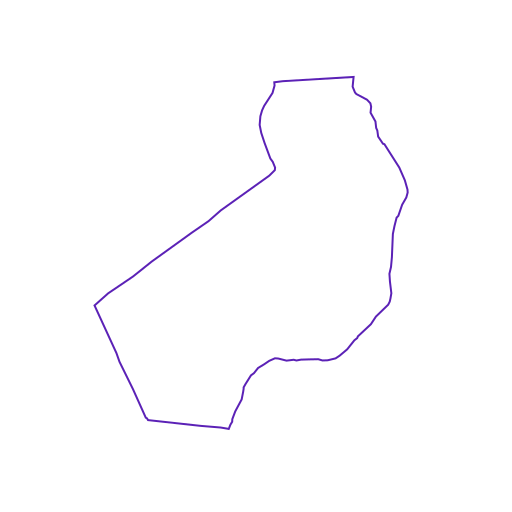 the district of Tectitán, Huehuetenango, Guatemala, rotated 54°
{"feature_id": "79465075B96618305654863", "entity_name": "Tectitán", "entity_type": "district", "adm_level": 2, "iso_a3": "GTM", "parent_name": "Guatemala", "parent_adm1": "Huehuetenango", "projection": "mercator", "projection_center": [-92.03, 15.362], "detail": "fine", "context": "isolated", "style": "outline", "palette": "violet", "viewbox_px": 512, "rotation_deg": 54, "n_neighbors": 0, "source": "geoboundaries", "source_scale": "gbopen_adm2", "svg_char_len": 1322}
<svg xmlns="http://www.w3.org/2000/svg" viewBox="0 0 512 512"><g transform="rotate(54 256 256)"><path d="M168.5,71.8L130.3,131.6L126.2,139.1L129.0,140.8L133.8,146.8L139.3,161.1L141.7,165.4L145.5,170.3L152.1,176.0L159.5,179.4L169.5,182.6L185.6,187.1L189.7,187.1L195.7,188.6L197.6,190.3L198.8,198.0L198.4,257.6L199.9,273.9L199.4,294.3L199.2,343.8L200.3,367.5L199.3,397.5L201.1,415.7L252.6,426.0L261.3,428.6L291.4,433.8L322.0,440.2L323.3,439.6L325.3,439.8L361.0,400.5L374.0,385.4L378.7,380.8L379.9,379.7L377.4,375.8L376.1,372.7L374.1,371.1L369.5,364.1L363.6,351.9L358.4,346.3L356.2,344.1L355.0,343.2L353.4,339.7L349.6,330.2L349.6,326.6L347.8,320.1L348.4,313.1L348.6,306.9L349.9,300.8L351.3,299.1L352.1,298.2L358.6,292.8L362.1,286.5L364.3,284.7L366.3,280.5L371.0,273.6L376.1,266.3L379.6,263.6L382.5,259.3L385.6,251.8L385.8,246.9L385.1,237.1L382.0,225.9L381.9,222.4L380.9,220.8L378.7,203.1L375.5,194.6L373.1,177.7L371.5,174.6L369.3,172.1L365.7,168.4L355.3,162.6L348.8,158.5L344.2,153.2L336.9,146.8L318.6,132.3L313.1,126.3L307.6,119.7L307.2,117.3L300.4,107.6L297.0,100.0L293.8,96.0L291.3,94.4L282.3,91.1L268.7,88.1L241.0,86.4L239.8,87.3L231.2,87.0L225.8,84.1L223.0,83.5L217.4,80.3L207.4,79.1L202.9,75.1L199.7,73.7L194.9,74.3L184.0,79.6L181.9,79.8L175.8,78.3L168.5,71.8Z" fill="none" stroke="#5b21b6" stroke-width="2"/></g></svg>